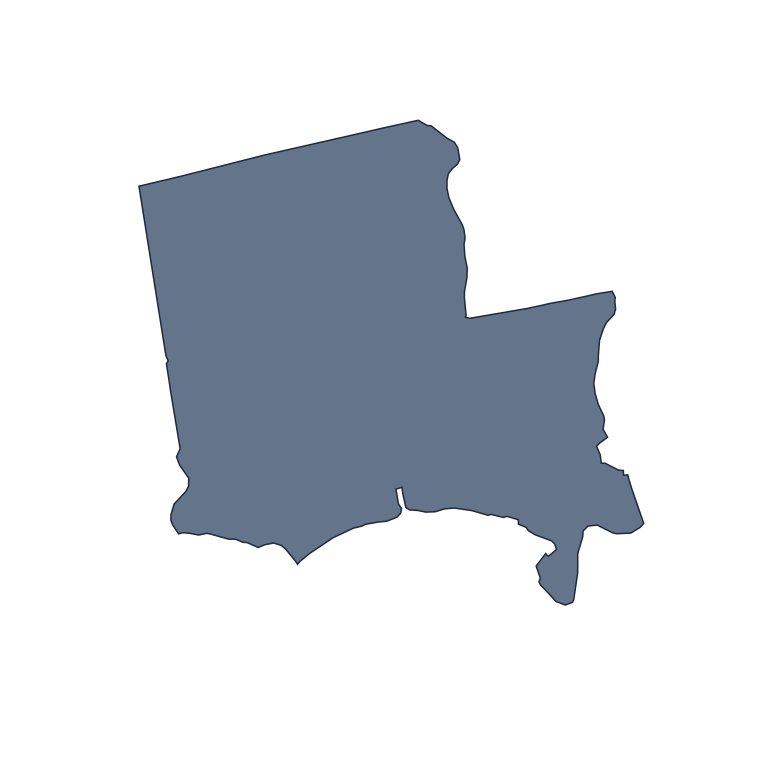 Central Honiara, Capital Territory (Honiara), Solomon Islands, rotated 160°
{"feature_id": "97153195B38090868085036", "entity_name": "Central Honiara", "entity_type": "district", "adm_level": 2, "iso_a3": "SLB", "parent_name": "Solomon Islands", "parent_adm1": "Capital Territory (Honiara)", "projection": "natural_earth1", "projection_center": [159.962, -9.442], "detail": "fine", "context": "isolated", "style": "filled", "palette": "slate", "viewbox_px": 768, "rotation_deg": 160, "n_neighbors": 0, "source": "geoboundaries", "source_scale": "gbopen_adm2", "svg_char_len": 2091}
<svg xmlns="http://www.w3.org/2000/svg" viewBox="0 0 768 768"><g transform="rotate(160 384 384)"><path d="M526.9,244.1L523.5,246.1L511.5,250.3L484.2,257.0L461.9,259.0L453.6,258.0L449.3,258.5L436.0,256.1L428.4,254.1L417.4,254.4L412.5,256.9L410.1,260.9L411.4,266.6L408.7,281.1L402.5,280.8L403.9,274.3L405.7,260.4L403.1,257.0L395.5,253.6L388.5,249.3L379.4,246.4L370.0,246.0L360.4,243.4L345.1,235.2L342.4,233.3L331.1,225.0L327.9,224.8L317.5,217.8L313.6,217.5L304.2,210.5L305.6,206.3L299.4,200.6L298.6,196.9L293.4,190.5L280.3,179.4L278.4,175.5L278.4,169.5L288.7,165.8L290.0,169.4L303.3,160.9L303.5,148.1L306.0,145.2L305.7,141.6L299.7,128.1L296.9,120.9L289.3,114.3L281.5,114.4L279.6,116.2L266.8,139.9L263.8,147.8L259.9,158.5L249.6,172.3L247.2,177.8L240.9,180.7L232.0,178.6L220.1,166.0L216.6,163.7L202.9,159.5L192.6,161.6L187.6,164.2L187.0,201.2L186.4,211.4L186.0,215.2L190.1,216.4L188.6,220.9L193.1,222.9L203.5,234.1L206.9,235.1L205.0,243.7L205.6,252.8L201.9,254.6L192.1,257.5L193.6,266.6L189.1,274.8L188.4,278.7L189.6,291.2L188.8,303.1L186.5,313.2L184.3,317.2L182.1,321.4L174.8,332.1L173.1,336.8L166.5,351.4L159.0,360.8L154.0,365.6L146.7,369.3L144.0,370.7L140.7,375.2L138.9,382.5L137.1,386.4L137.9,393.1L153.3,396.0L182.0,399.7L199.5,402.8L223.8,406.0L230.1,407.2L280.9,416.4L284.7,418.9L283.4,420.3L278.8,438.1L276.7,443.4L269.9,455.2L266.2,464.1L264.3,476.5L260.9,488.2L257.9,493.3L256.0,502.0L256.0,507.0L258.7,524.0L259.3,537.0L257.9,546.3L255.2,553.7L251.6,559.6L245.7,563.2L239.8,565.4L236.0,569.0L233.9,580.7L235.2,587.1L240.9,593.7L251.5,610.6L255.2,612.3L261.6,620.1L294.5,624.5L368.0,633.7L416.7,639.9L504.0,648.7L546.6,653.7L579.2,485.5L579.0,479.3L581.5,477.6L586.0,454.8L586.9,450.8L592.9,418.7L597.7,392.9L603.9,386.5L603.8,377.7L599.7,362.2L602.7,354.7L606.8,350.9L622.3,343.0L629.0,333.9L630.9,328.7L630.8,323.8L628.2,313.4L624.0,313.1L618.3,310.5L609.7,305.4L601.7,304.3L598.6,302.5L583.3,291.5L576.4,288.8L570.8,283.6L566.8,281.7L558.1,273.4L550.7,273.7L542.1,272.3L535.6,267.4L532.7,261.9L527.6,247.4L526.9,244.1Z" fill="#64748b" stroke="#1e293b" stroke-width="1.5"/></g></svg>